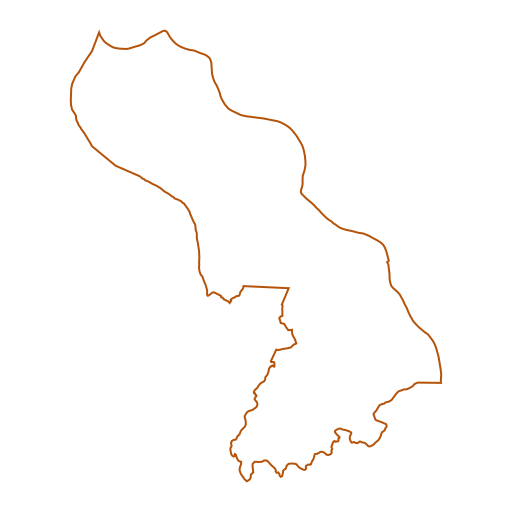 Talaigua Nuevo, Bolívar, Colombia
{"feature_id": "7082276B83153593074070", "entity_name": "Talaigua Nuevo", "entity_type": "district", "adm_level": 2, "iso_a3": "COL", "parent_name": "Colombia", "parent_adm1": "Bolívar", "projection": "natural_earth1", "projection_center": [-74.633, 9.309], "detail": "fine", "context": "isolated", "style": "outline", "palette": "amber", "viewbox_px": 512, "rotation_deg": 0, "n_neighbors": 0, "source": "geoboundaries", "source_scale": "gbopen_adm2", "svg_char_len": 6038}
<svg xmlns="http://www.w3.org/2000/svg" viewBox="0 0 512 512"><path d="M244.0,478.4L244.6,479.4L245.5,480.0L246.8,481.3L248.8,480.1L250.1,479.0L250.8,476.7L250.8,474.7L253.3,472.3L252.5,466.0L252.6,464.2L253.5,462.8L254.8,461.8L256.3,461.7L257.8,462.1L262.0,461.8L263.3,460.9L264.8,460.4L266.3,460.5L267.7,461.2L271.0,464.9L274.8,468.3L275.7,469.7L275.7,471.5L276.7,472.8L278.2,472.4L279.3,473.8L279.6,475.5L280.7,476.8L282.1,476.1L283.0,472.6L283.1,470.8L284.2,469.6L285.6,468.8L286.8,465.6L288.6,463.8L291.7,463.5L295.3,463.8L296.6,464.4L297.2,465.4L298.9,467.2L299.7,467.9L303.4,469.7L304.8,469.9L305.6,469.3L306.1,468.5L305.8,466.6L305.9,466.0L308.3,464.5L309.3,464.5L310.1,464.8L310.8,464.4L312.3,460.8L313.5,459.1L314.7,454.4L315.1,454.0L317.1,453.9L318.5,453.0L319.4,452.7L320.2,452.0L321.9,451.7L324.2,452.6L326.9,454.9L329.1,454.9L331.1,453.8L331.6,452.7L331.7,452.1L331.3,450.7L332.0,449.6L332.1,449.0L332.2,448.4L331.5,447.5L331.5,446.1L332.1,445.2L332.4,443.8L333.1,442.2L333.9,441.3L334.6,441.0L335.4,441.8L336.8,441.4L338.0,441.4L338.5,440.4L338.4,438.5L339.1,438.3L339.6,437.2L338.7,436.2L337.3,435.1L335.0,432.3L334.9,431.2L335.4,430.6L336.6,429.7L338.8,428.7L340.8,428.6L342.0,429.4L345.7,430.1L349.4,431.4L351.1,432.4L351.3,432.9L351.2,433.5L350.0,436.2L349.7,438.2L349.9,439.3L350.6,441.1L351.3,442.2L351.8,442.7L352.4,442.6L353.8,442.0L355.8,443.0L357.1,443.1L358.1,442.8L359.5,441.6L360.2,441.5L362.1,442.4L364.6,442.8L367.4,445.1L368.4,446.3L369.2,446.4L370.2,446.3L373.2,444.9L375.6,442.5L378.2,440.3L379.3,438.9L380.8,435.8L381.2,434.1L381.9,432.4L384.7,430.3L385.2,428.6L386.3,427.2L386.6,425.4L386.4,424.8L386.0,424.1L380.9,421.9L377.5,420.7L375.5,419.8L373.5,414.3L374.4,412.5L375.4,411.7L376.3,410.5L379.6,405.1L382.4,403.9L383.9,403.8L385.8,402.3L388.7,401.7L391.6,400.0L396.3,393.6L398.5,391.4L404.3,389.3L406.6,389.3L409.9,387.9L412.9,386.0L414.3,384.3L415.3,383.6L417.9,382.6L441.0,382.9L440.8,382.2L441.2,374.4L440.7,369.7L438.6,357.0L436.3,348.4L434.8,344.5L433.0,341.0L428.9,335.5L428.0,334.4L424.3,331.8L419.4,327.7L417.3,325.7L413.3,321.3L410.6,316.6L408.5,312.4L407.0,308.5L404.9,304.6L402.8,299.9L399.5,294.1L396.5,291.0L392.8,287.7L391.4,286.0L390.5,283.6L389.7,280.0L389.5,274.3L388.4,264.7L387.1,262.1L388.8,260.8L387.0,253.8L385.9,250.1L384.5,246.9L383.1,244.7L380.4,242.3L377.4,240.4L372.5,237.9L369.3,236.0L363.4,233.5L358.4,232.8L352.2,231.1L345.6,229.7L342.0,228.6L338.7,227.0L335.4,224.5L333.5,223.4L331.6,221.5L328.5,219.6L325.7,217.3L322.0,213.6L318.9,210.1L316.2,207.6L313.7,204.8L310.9,202.3L306.4,198.6L301.4,193.6L301.0,192.5L300.9,191.3L301.1,189.8L302.0,187.2L302.6,184.2L302.6,177.8L302.8,175.7L304.6,170.1L305.5,164.8L305.4,160.8L304.8,155.3L304.0,151.4L303.0,147.5L302.1,145.3L300.4,142.2L296.4,135.6L292.9,131.2L290.4,128.5L288.2,126.7L285.5,124.9L281.0,122.5L277.8,121.3L263.7,118.5L246.5,116.3L240.9,115.1L231.6,110.6L228.5,108.7L224.8,104.4L221.7,99.1L220.5,96.1L219.8,93.1L218.0,88.4L216.5,85.2L214.7,82.1L213.9,80.3L212.7,76.7L212.0,73.1L211.3,62.5L210.5,60.0L209.5,58.0L206.5,55.5L204.0,54.3L199.7,52.9L194.4,50.6L189.3,49.8L184.9,48.5L181.0,46.9L178.3,45.5L175.4,43.3L172.6,40.5L169.9,37.0L167.5,32.8L166.6,31.7L165.6,30.9L164.3,30.7L162.6,31.2L154.2,35.6L150.4,37.4L146.3,40.6L144.3,43.1L141.7,44.5L138.7,45.7L134.3,46.9L129.3,48.5L126.1,49.0L119.5,48.6L115.3,48.0L113.3,47.4L110.9,46.2L106.0,43.0L103.7,40.8L100.4,35.9L99.7,34.2L99.1,32.4L92.0,51.1L84.6,62.0L78.9,72.2L75.3,76.5L72.1,84.1L71.2,89.0L70.8,100.7L71.0,104.9L72.1,109.7L75.0,114.0L76.0,115.8L76.0,117.8L76.3,119.5L76.8,121.2L77.8,122.6L78.3,124.4L79.3,126.1L80.5,127.5L81.3,129.2L82.5,130.6L84.5,133.5L91.0,144.2L91.7,146.0L115.7,165.8L139.8,176.3L142.5,178.6L144.0,179.1L145.2,180.3L148.2,181.4L152.6,184.0L157.1,186.0L158.6,187.1L160.3,188.0L164.3,191.4L168.8,193.9L171.7,196.2L173.5,197.1L174.7,198.5L177.9,199.6L181.4,201.4L182.6,202.8L184.1,203.6L188.1,209.3L189.8,212.2L190.1,214.0L191.1,215.7L191.6,217.4L194.1,222.8L195.1,224.2L195.6,227.7L195.6,229.7L196.8,233.1L196.8,237.4L197.3,240.8L197.8,242.5L199.1,251.4L199.1,253.7L199.3,255.4L199.3,259.7L199.1,261.6L199.2,265.1L199.0,267.4L199.3,270.0L199.8,272.3L200.5,274.1L201.6,275.7L202.4,276.5L203.8,280.7L205.7,285.2L207.1,290.2L207.1,294.5L207.5,295.6L207.9,295.8L209.2,295.1L212.3,292.6L213.5,292.3L214.1,292.4L220.9,295.8L221.0,296.8L221.3,297.4L222.4,297.5L223.6,298.6L223.7,299.3L228.3,301.4L229.7,303.0L231.1,301.0L231.2,300.7L230.7,300.2L230.6,299.9L231.2,299.2L232.4,298.3L235.1,297.2L235.7,296.5L237.3,296.0L238.8,295.9L239.3,295.4L239.7,294.4L240.2,292.4L241.3,290.7L242.7,289.1L243.4,287.2L243.5,286.1L288.7,288.2L281.8,304.7L282.6,305.5L282.3,307.9L282.4,315.9L280.4,316.6L279.2,318.4L279.8,319.5L280.7,322.9L281.0,322.8L281.9,323.4L283.7,323.7L284.3,324.1L286.2,327.3L288.3,330.2L292.0,329.8L292.0,332.2L292.4,334.5L293.3,336.6L294.2,337.9L295.1,339.8L296.3,343.5L293.7,344.6L291.2,347.1L290.6,347.5L287.3,348.3L283.3,348.9L278.2,350.1L276.3,349.6L270.9,361.1L271.0,361.8L271.4,362.1L273.6,362.0L274.1,362.3L274.4,363.1L274.4,366.5L274.2,366.7L273.9,366.7L272.5,365.5L272.0,365.7L271.3,366.5L270.5,366.4L269.1,368.5L268.4,371.9L267.5,374.5L265.4,377.2L265.1,379.6L264.6,380.7L263.6,381.7L261.5,382.7L260.1,383.8L258.2,386.2L257.2,388.1L255.0,389.8L254.1,391.4L253.8,392.5L253.9,393.0L255.1,393.4L255.4,394.8L256.3,395.2L256.5,395.5L256.4,395.9L254.7,398.4L254.5,399.0L254.7,399.5L256.8,402.1L257.2,402.9L257.4,404.7L256.9,406.3L256.0,407.4L252.5,409.9L249.0,411.0L247.5,411.8L246.8,412.6L245.2,415.1L244.7,416.6L244.7,417.8L245.5,420.0L245.8,422.3L245.8,424.1L245.2,426.2L243.0,428.6L241.9,429.6L240.8,431.1L239.4,434.5L237.4,436.3L236.5,438.6L235.8,439.5L235.4,439.7L233.6,439.9L231.9,440.9L231.0,442.9L231.6,446.0L230.5,448.1L230.3,449.2L231.2,454.2L232.3,455.7L233.5,456.5L234.3,456.3L234.7,455.7L234.8,454.1L235.5,454.3L235.8,454.7L236.9,458.1L238.2,460.5L239.3,461.3L240.8,461.6L241.2,461.8L241.2,462.3L240.9,464.6L239.7,468.1L239.6,470.2L240.2,472.2L241.0,474.1L244.0,478.4Z" fill="none" stroke="#b45309" stroke-width="2"/></svg>